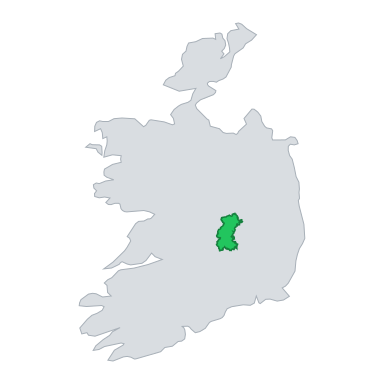 Borris-In-Ossory -Mountmellick Lea-6, Laoighis, Ireland shown in context
{"feature_id": "5873133B47700529765173", "entity_name": "Borris-In-Ossory -Mountmellick Lea-6", "entity_type": "district", "adm_level": 2, "iso_a3": "IRL", "parent_name": "Ireland", "parent_adm1": "Laoighis", "projection": "mercator", "projection_center": [-7.469, 52.998], "detail": "fine", "context": "in_parent", "style": "filled", "palette": "green", "viewbox_px": 384, "rotation_deg": 0, "n_neighbors": 0, "source": "geoboundaries", "source_scale": "gbopen_adm2", "svg_char_len": 8580}
<svg xmlns="http://www.w3.org/2000/svg" viewBox="0 0 384 384"><path d="M243.2,47.9L235.0,53.7L233.7,55.9L231.4,64.7L231.2,67.2L226.0,77.0L223.1,79.0L218.8,80.6L216.4,82.2L213.3,81.4L209.4,81.5L207.4,83.2L207.5,84.6L208.7,86.1L215.9,90.6L215.5,92.5L213.5,94.6L200.5,99.8L196.6,103.0L195.3,105.1L196.7,108.6L207.0,119.0L208.8,120.1L210.3,126.2L219.4,128.7L223.1,132.5L226.3,133.4L233.3,133.1L236.1,134.5L237.7,133.4L238.6,131.4L246.5,124.1L244.0,118.5L251.9,109.1L254.1,109.2L257.8,112.1L260.8,116.1L261.8,121.5L264.7,126.3L266.6,127.9L271.6,128.9L272.7,130.8L271.8,137.7L272.6,140.0L285.4,139.9L290.5,136.8L294.9,137.4L297.1,140.5L298.1,143.7L294.3,144.9L290.3,144.2L288.3,146.3L288.2,150.3L289.6,155.5L292.2,159.2L294.3,167.5L296.1,176.6L298.9,182.2L299.4,189.0L299.0,192.4L299.5,198.4L298.3,200.5L299.2,206.1L303.9,224.3L304.8,238.4L302.5,243.6L299.4,248.6L297.4,254.5L295.9,260.9L295.0,271.1L288.3,283.1L285.5,286.1L282.2,287.9L289.4,296.3L283.5,300.0L277.2,301.1L270.1,299.1L265.7,299.3L260.2,303.6L258.9,302.8L256.3,296.0L254.3,303.1L250.3,305.3L243.3,304.8L231.7,306.7L227.2,308.7L225.4,311.8L224.0,315.5L222.2,317.6L220.1,318.7L211.2,321.4L209.4,322.5L205.3,328.3L199.8,331.6L195.3,332.7L191.3,329.3L189.6,327.2L187.8,326.2L181.6,326.4L183.6,327.4L184.8,329.8L185.4,334.4L184.7,338.9L181.7,341.1L178.1,341.5L172.4,346.2L164.8,347.5L160.7,351.7L135.8,358.9L134.4,359.0L130.9,357.2L127.2,356.4L123.4,356.9L113.0,361.0L107.9,360.2L114.4,350.2L123.1,345.1L124.0,343.7L121.1,343.0L104.6,346.5L98.9,349.5L93.2,350.4L95.8,345.8L103.2,339.6L109.6,335.4L112.4,331.8L120.1,327.6L95.0,336.2L88.5,335.2L86.9,332.7L81.8,333.9L79.8,328.0L87.4,319.2L91.9,315.3L97.1,313.3L102.2,310.3L104.1,306.7L101.7,305.5L86.5,306.5L79.2,305.7L79.6,302.8L81.0,299.6L88.5,294.1L92.6,293.3L96.2,293.8L102.6,297.0L111.2,296.0L107.6,292.5L107.0,285.4L104.3,283.0L107.8,279.7L111.8,277.7L118.4,270.8L120.8,269.8L134.0,268.1L148.2,264.5L162.3,259.5L155.1,256.7L151.6,253.1L146.0,260.5L142.0,263.3L130.7,264.9L127.1,264.0L122.1,261.7L120.5,262.6L119.1,264.4L111.6,268.0L103.7,268.9L112.9,262.2L124.5,250.9L127.1,247.3L130.7,241.0L129.6,238.2L127.2,236.6L135.6,223.7L138.6,221.4L144.0,221.0L147.9,218.9L149.7,218.9L151.2,218.2L154.7,214.3L149.4,211.8L143.8,210.5L126.8,211.9L124.5,211.6L122.4,210.4L121.0,208.7L120.0,204.2L118.7,203.3L114.9,203.3L111.1,204.6L108.4,204.5L105.8,202.5L110.0,198.0L104.6,197.0L99.2,197.8L94.7,196.5L94.5,193.6L96.6,190.8L93.9,188.1L93.4,184.7L96.2,183.0L99.3,183.6L105.7,181.0L113.8,179.8L106.9,177.3L104.1,175.2L103.9,171.9L104.5,169.1L112.6,164.4L121.2,162.3L120.6,159.1L121.2,155.7L112.5,154.8L103.8,157.2L104.8,150.7L106.8,144.8L107.2,140.9L106.8,136.8L102.8,138.6L102.3,132.7L100.6,128.7L94.6,131.5L94.8,126.2L96.5,122.4L99.6,120.8L102.7,121.5L108.5,121.5L114.0,118.7L122.0,118.0L134.8,118.8L143.6,126.7L145.8,125.3L149.3,120.3L151.0,119.8L164.2,121.9L172.4,124.8L174.6,123.9L173.4,118.4L170.6,114.6L174.1,109.5L178.4,106.1L181.3,104.4L188.0,102.3L190.9,100.3L192.8,93.8L195.9,88.4L179.2,91.2L163.3,84.8L165.8,80.2L169.2,77.6L175.0,75.7L175.5,73.3L178.4,71.3L183.3,66.1L181.5,59.3L182.5,54.3L186.0,51.1L187.0,46.4L188.6,43.0L195.7,41.7L202.5,38.5L213.0,38.1L215.7,39.4L215.1,33.7L220.0,33.0L221.9,34.1L222.8,38.1L225.0,40.7L225.7,45.1L224.2,48.6L221.7,51.2L224.0,53.9L220.4,58.8L224.3,56.7L229.8,51.9L229.5,48.0L228.5,43.1L227.0,38.6L227.7,33.7L230.8,30.7L238.9,29.1L235.6,23.6L238.5,23.0L241.7,24.2L246.5,28.6L256.5,34.7L251.6,40.1L245.6,43.8L243.2,47.9ZM102.1,152.8L101.9,155.3L98.0,152.2L96.2,148.7L85.7,147.2L90.0,143.7L92.2,144.7L99.6,144.9L101.7,146.3L102.1,152.8Z" fill="#d9dde1" stroke="#a8b0b8" stroke-width="1"/><path d="M219.6,250.8L220.0,250.8L220.1,250.7L220.7,250.3L220.7,250.2L221.0,250.1L221.6,250.3L222.1,250.1L222.8,250.1L222.9,249.9L222.7,249.9L222.8,249.5L222.7,249.4L222.8,249.3L222.7,249.2L222.8,249.1L222.6,248.9L222.6,248.6L222.6,248.4L222.8,248.3L223.0,248.6L223.1,248.3L223.4,248.1L223.5,248.0L223.5,247.9L224.3,247.4L224.4,247.2L224.5,247.0L224.6,246.8L224.8,247.1L224.9,247.3L225.0,247.4L225.3,247.6L225.5,247.6L225.5,247.8L225.7,248.0L225.6,248.5L225.9,248.6L226.0,248.7L226.6,248.8L226.8,249.0L226.9,248.7L226.8,248.4L227.1,248.3L227.4,248.6L227.8,248.7L227.6,249.1L227.8,249.1L228.2,249.2L228.6,249.1L228.9,249.2L228.8,249.3L229.2,249.4L229.3,249.8L229.4,250.0L229.5,250.0L229.7,250.4L229.9,250.5L230.0,250.4L231.1,250.3L231.3,250.4L231.4,250.1L231.4,249.6L231.8,249.6L232.2,249.0L232.5,248.9L232.7,249.1L233.2,249.2L233.4,249.3L233.6,249.4L233.9,249.6L234.2,249.2L234.3,248.9L234.3,248.7L234.2,248.5L234.2,248.4L234.3,248.3L234.3,248.1L234.3,247.9L234.4,247.5L234.5,247.5L234.7,247.4L234.8,247.4L234.9,247.2L235.0,246.8L235.3,246.5L235.7,246.6L235.8,246.8L235.9,247.2L235.8,247.6L235.9,248.1L236.1,248.2L236.4,248.1L236.5,248.2L236.4,247.8L236.5,247.7L236.4,247.6L236.5,247.6L236.4,247.5L236.4,247.4L236.5,247.4L236.6,247.0L236.5,246.9L236.7,246.7L236.6,246.4L236.8,246.3L236.7,246.1L236.6,245.9L236.8,245.7L237.0,245.5L237.0,245.4L237.1,245.2L237.5,244.8L237.6,244.3L237.6,244.1L236.5,243.8L236.4,243.8L236.2,243.9L236.0,243.6L235.9,243.4L235.9,243.0L235.6,243.1L235.4,243.1L235.5,242.9L235.3,242.8L235.6,242.6L235.4,242.2L235.4,241.9L235.2,242.0L234.9,242.2L234.8,241.9L234.8,241.7L234.7,241.7L234.4,241.6L234.1,241.9L233.9,241.6L232.8,241.5L232.6,241.0L232.3,240.8L232.1,240.4L232.5,240.3L232.5,240.1L232.8,239.9L232.9,239.5L232.9,239.3L232.9,239.2L233.2,239.2L233.0,238.8L232.9,238.7L233.0,238.5L234.0,238.7L233.9,238.5L234.2,238.5L234.2,238.4L234.3,238.3L234.3,237.6L234.1,237.2L234.0,236.9L233.7,236.4L233.6,236.5L233.0,236.8L232.7,237.1L232.3,237.1L231.6,237.0L231.5,236.9L231.4,236.9L231.3,236.7L231.5,236.6L231.5,236.4L231.7,236.1L231.8,236.1L231.9,235.8L232.5,235.2L232.4,235.1L232.5,234.9L232.4,234.9L232.5,234.7L232.7,234.4L232.9,234.0L233.1,233.9L233.2,233.7L233.2,233.3L233.6,233.0L233.8,233.0L233.8,232.3L233.4,231.7L233.9,231.9L234.2,231.9L234.3,231.7L234.5,231.4L234.7,231.0L235.1,230.0L234.9,230.0L234.7,229.3L234.7,228.7L234.5,228.3L234.6,228.1L234.8,227.8L234.8,227.7L235.8,227.1L235.7,226.9L236.0,226.8L236.1,226.3L236.4,225.9L236.9,225.9L236.8,225.7L236.7,225.4L236.9,225.2L236.8,224.9L236.8,224.6L236.7,224.5L236.7,224.2L237.3,224.0L237.4,224.6L237.7,225.2L238.4,224.9L238.6,224.7L239.2,224.5L239.4,224.6L239.4,224.4L239.5,224.3L239.5,224.2L239.7,223.8L239.7,223.6L239.7,223.4L239.5,223.1L239.3,223.1L239.1,222.8L239.1,222.7L239.0,222.3L239.1,222.2L239.4,222.2L239.5,222.2L239.4,221.9L239.6,221.3L239.8,221.7L240.4,222.0L240.8,222.4L241.4,222.2L241.6,222.2L241.7,222.4L241.9,222.3L242.4,221.6L242.0,221.4L241.5,220.9L241.9,220.1L241.8,219.8L241.7,219.8L241.4,219.7L241.2,219.8L240.9,219.9L241.0,220.0L240.9,220.3L240.7,220.2L240.4,220.4L240.2,220.4L239.7,220.3L239.2,220.4L238.9,220.5L238.4,220.2L238.3,219.9L238.1,219.8L238.0,219.5L237.8,219.3L237.9,218.9L237.6,218.7L237.3,217.5L238.0,217.6L237.3,216.0L237.1,215.9L236.9,215.6L236.2,215.1L235.9,214.6L235.9,214.2L235.3,213.9L235.2,214.0L234.9,213.8L234.8,213.5L234.6,213.7L234.5,214.0L234.3,214.2L234.1,214.2L233.7,214.0L233.5,213.8L233.1,214.0L232.9,214.2L232.3,214.3L232.2,214.5L232.3,214.7L232.4,215.5L232.1,216.0L231.9,216.0L231.6,216.2L231.1,216.1L229.6,215.4L229.3,215.2L229.2,215.4L229.0,215.5L227.0,216.2L226.7,216.3L226.2,216.9L225.3,217.0L225.0,217.0L224.6,217.0L223.8,217.3L223.1,217.2L222.4,217.5L221.8,217.6L221.9,217.8L221.9,218.2L221.7,218.3L221.7,218.6L221.3,218.8L221.1,219.0L221.1,219.4L221.1,219.8L221.6,220.4L221.8,220.9L222.2,220.9L222.2,221.0L222.3,221.0L222.5,221.4L222.7,221.6L222.9,221.9L222.9,222.3L222.8,222.5L223.9,223.0L224.2,223.2L224.1,223.5L223.7,224.2L223.4,224.4L223.3,224.7L223.5,224.9L223.2,225.5L222.9,225.8L222.3,226.4L221.5,226.8L220.5,227.7L220.7,228.6L220.2,229.0L219.5,229.4L219.2,229.3L218.8,229.4L218.5,229.8L218.2,230.7L217.8,231.3L217.8,232.4L218.0,232.7L217.7,233.1L217.9,233.2L218.1,233.3L217.9,233.6L217.9,234.0L217.5,234.4L217.5,234.5L217.4,234.8L217.2,234.9L216.7,235.3L216.7,236.2L217.0,236.5L217.0,236.8L217.7,237.1L217.8,237.1L218.0,237.4L218.2,237.8L218.7,237.7L219.1,237.8L219.4,237.7L219.9,237.7L220.3,237.7L220.4,237.8L220.2,238.4L220.2,238.6L220.1,238.9L219.8,239.1L219.5,239.4L219.3,239.4L219.1,239.4L218.7,239.7L218.3,240.3L218.2,240.3L218.1,240.5L217.9,240.8L217.9,241.0L217.9,241.4L217.6,241.4L217.0,241.7L217.0,241.8L217.0,242.0L217.1,242.5L217.3,243.2L217.4,243.7L216.5,244.3L216.6,244.8L217.3,245.7L217.5,246.0L217.8,246.2L218.4,246.5L218.6,246.7L218.6,247.1L218.9,247.9L218.8,248.3L218.8,248.5L219.3,248.8L219.4,249.7L219.5,250.1L219.6,250.8Z" fill="#22c55e" stroke="#15803d" stroke-width="1.5"/></svg>